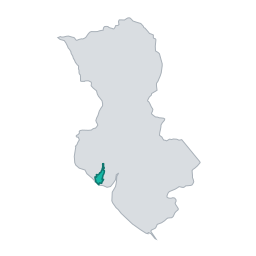 location of IV-2 Buxton/Mahaica, Demerara-Mahaica, Guyana, rotated 182°
{"feature_id": "73187651B35939089598366", "entity_name": "IV-2 Buxton/Mahaica", "entity_type": "district", "adm_level": 2, "iso_a3": "GUY", "parent_name": "Guyana", "parent_adm1": "Demerara-Mahaica", "projection": "orthographic", "projection_center": [-58.08, 6.451], "detail": "fine", "context": "in_parent", "style": "filled", "palette": "teal", "viewbox_px": 256, "rotation_deg": 182, "n_neighbors": 0, "source": "geoboundaries", "source_scale": "gbopen_adm2", "svg_char_len": 5325}
<svg xmlns="http://www.w3.org/2000/svg" viewBox="0 0 256 256"><g transform="rotate(182 128 128)"><path d="M73.9,118.2L67.6,111.1L61.3,103.9L55.1,96.9L54.7,95.9L57.3,92.6L59.7,90.3L61.6,88.9L62.5,87.7L61.9,82.6L61.9,80.8L61.0,78.7L60.4,76.5L61.2,74.6L62.1,73.3L63.3,72.8L66.3,72.4L68.3,72.2L69.0,71.5L70.2,70.6L71.8,70.6L74.9,71.2L76.3,70.1L78.8,68.5L84.5,65.9L85.8,64.2L86.7,61.5L86.6,60.3L86.0,59.8L84.6,59.3L82.5,59.3L80.7,59.9L78.9,59.6L77.5,57.9L77.4,56.5L78.3,54.6L77.8,53.3L75.0,49.3L75.0,48.1L77.0,46.3L78.2,44.8L79.8,41.1L81.1,39.9L85.1,39.4L86.1,38.7L88.1,36.7L91.1,34.5L95.4,32.7L96.7,29.5L97.5,28.6L100.9,26.9L101.5,26.0L101.4,25.2L96.0,17.9L97.1,18.4L101.3,23.1L103.7,24.2L104.2,24.2L104.2,23.0L106.4,23.5L112.0,26.8L120.2,32.2L131.7,42.3L135.0,46.2L137.2,48.0L140.6,52.5L141.6,54.6L141.5,63.3L138.4,69.1L137.7,73.5L137.5,79.3L135.7,82.7L138.1,80.9L138.8,75.6L140.8,72.4L143.4,68.9L146.9,68.0L150.7,69.5L153.7,69.8L156.3,70.8L162.0,76.5L167.5,80.9L169.5,84.5L175.4,86.2L178.9,89.1L180.0,91.5L180.7,97.8L179.5,107.5L179.9,107.9L178.3,109.8L178.0,111.0L177.0,113.2L176.2,114.3L177.3,117.0L178.7,117.1L179.2,117.5L179.5,118.0L179.4,118.5L178.9,119.0L177.6,119.7L176.4,121.2L176.6,122.9L175.8,123.8L173.4,124.3L168.6,124.3L166.3,124.4L164.5,124.7L163.2,125.8L161.7,126.5L160.5,126.7L159.4,128.0L158.3,129.8L158.7,131.0L159.8,132.7L160.4,134.4L159.6,137.1L158.6,139.2L158.1,140.8L157.3,143.9L155.5,147.3L154.2,149.2L154.2,151.4L154.9,154.3L158.6,158.7L159.8,160.8L160.8,164.1L164.2,166.7L166.3,168.9L166.1,171.7L166.4,172.5L167.7,173.2L169.3,173.8L171.1,173.7L172.7,173.5L173.0,173.1L176.7,173.0L177.1,173.8L177.3,177.8L177.5,179.4L178.3,180.1L178.8,181.1L178.9,182.0L179.0,184.2L179.6,185.4L179.5,187.8L179.9,188.7L180.9,189.3L182.2,191.1L182.6,191.3L182.9,191.9L184.0,194.3L184.5,195.1L184.9,195.2L185.1,196.0L185.9,198.3L186.4,198.9L187.4,200.6L187.8,202.4L189.2,204.5L190.6,206.0L191.2,207.5L193.0,210.8L194.7,213.1L197.0,213.7L198.9,214.1L200.1,215.0L201.3,215.9L200.0,216.4L198.9,217.0L197.3,216.5L195.1,216.8L192.8,217.5L190.7,217.8L186.7,216.8L185.5,216.6L184.7,216.2L183.0,214.1L182.2,213.8L180.1,214.8L177.5,215.5L176.3,215.4L174.8,216.1L173.4,217.0L170.8,221.0L169.4,222.5L168.0,223.1L165.1,223.1L162.0,223.3L159.6,224.2L157.4,224.7L156.3,224.8L156.0,227.0L155.5,228.0L154.8,228.6L153.1,228.8L151.6,228.7L150.6,227.8L148.9,227.3L147.4,227.0L146.4,226.5L145.6,226.6L144.9,227.5L144.4,228.3L144.0,229.8L141.6,230.2L140.6,231.1L141.2,233.8L141.0,234.8L140.5,235.7L137.7,235.8L135.3,235.8L133.9,236.8L132.2,237.9L131.2,238.1L130.0,238.1L128.3,236.7L126.8,235.1L122.8,233.9L118.9,232.9L116.3,230.3L115.7,228.9L114.5,228.4L111.5,225.2L109.8,223.2L108.0,222.7L105.9,221.8L105.9,220.3L105.8,218.9L104.9,218.4L103.6,218.0L103.2,217.2L103.3,215.3L103.6,210.6L103.2,206.0L100.4,204.4L99.2,203.3L97.1,196.6L96.1,193.5L96.0,191.3L96.7,184.5L97.5,181.6L99.7,175.8L101.0,173.8L101.1,172.3L100.9,170.4L100.3,166.7L104.0,164.3L105.6,163.3L105.8,161.7L107.8,159.7L108.7,157.8L109.4,156.3L109.2,155.5L108.3,155.1L107.3,153.6L105.2,149.5L104.5,148.7L103.8,147.5L104.1,145.7L105.0,143.7L104.9,142.9L103.6,141.8L101.0,140.0L98.8,139.9L97.1,139.3L94.7,139.2L92.7,139.0L91.6,138.3L91.8,137.2L92.3,136.4L94.0,134.3L95.1,132.1L95.2,129.9L95.6,127.1L96.1,124.6L96.3,121.8L93.7,120.0L92.9,118.5L91.8,117.1L90.7,117.1L88.9,116.5L86.1,118.3L83.9,118.0L82.4,118.6L78.9,118.5L76.6,117.6L73.9,118.2Z" fill="#d9dde1" stroke="#a8b0b8" stroke-width="1"/><path d="M152.0,91.4L152.0,91.2L152.1,90.9L152.0,90.5L152.0,90.2L152.0,89.9L151.9,89.5L151.9,89.1L151.9,88.8L151.9,88.5L152.0,88.2L152.0,87.9L152.0,87.6L152.0,87.3L152.1,87.0L152.3,86.7L152.3,86.4L152.4,86.2L152.4,85.8L152.5,85.6L152.6,85.3L152.6,85.0L152.9,84.7L153.0,84.4L153.2,84.1L153.2,83.7L153.3,83.4L153.4,83.1L153.6,82.9L153.9,82.7L154.0,82.4L154.5,82.3L154.8,82.1L154.9,81.8L155.0,81.5L155.1,81.3L155.3,81.0L155.6,80.7L156.0,80.3L156.3,80.2L156.6,80.2L157.0,80.3L157.3,80.4L157.6,80.4L157.9,80.3L157.9,80.0L157.9,79.7L157.9,79.4L157.8,79.1L157.8,78.8L157.7,78.6L157.5,78.3L157.6,78.1L157.9,77.8L158.3,77.9L158.7,78.0L158.9,78.0L159.2,78.0L159.3,77.7L159.3,77.4L159.2,77.1L159.1,76.8L159.1,76.5L159.0,76.2L159.0,75.9L158.9,75.6L158.8,75.3L158.7,75.1L158.5,74.8L158.4,74.5L158.3,74.3L158.3,74.0L158.4,73.8L158.5,73.4L158.4,73.4L157.6,72.5L156.5,71.6L156.2,71.2L155.8,71.0L155.6,70.5L155.2,70.3L154.9,71.5L154.6,72.1L154.3,72.2L154.1,72.2L153.8,72.1L153.5,71.9L153.2,71.9L152.8,71.8L152.4,71.9L152.3,72.2L152.3,72.5L152.1,72.8L152.1,73.1L152.0,73.4L151.8,73.6L151.6,73.8L151.5,74.1L151.3,74.4L151.1,74.7L151.0,75.0L150.9,75.2L150.7,75.5L150.7,75.8L151.0,75.9L151.4,75.7L151.7,75.5L152.0,75.5L152.2,76.1L152.1,76.4L152.0,76.7L151.9,77.1L151.8,77.4L151.7,77.8L151.7,78.1L151.5,78.4L151.5,78.7L151.5,79.0L151.5,79.5L151.4,79.8L151.2,80.1L151.1,80.3L150.9,80.6L150.8,80.9L150.7,81.2L150.5,81.5L150.4,81.9L150.4,82.2L150.3,82.5L150.2,82.8L150.2,83.1L150.1,83.5L150.1,84.1L150.1,84.4L150.3,84.7L150.5,84.8L150.8,84.9L151.1,85.0L151.4,85.2L151.4,85.4L151.3,85.6L151.1,85.9L151.0,86.2L150.8,86.5L150.6,86.8L150.4,87.0L150.4,87.3L150.4,87.5L150.6,87.9L150.8,88.1L150.9,88.3L151.0,88.6L151.1,88.9L151.2,89.3L151.1,89.7L151.1,90.1L151.1,90.4L151.1,90.6L151.1,90.9L151.1,91.2L151.1,91.3L151.2,91.5L151.5,91.5L151.7,91.4L152.0,91.4Z" fill="#14b8a6" stroke="#0f766e" stroke-width="1.5"/></g></svg>